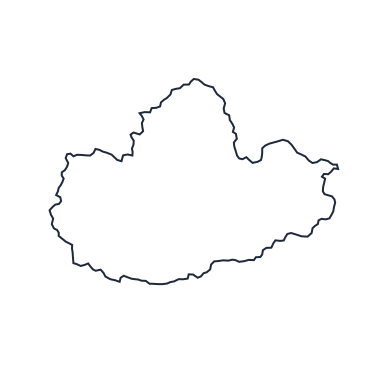 the district of Santana do Manhuaçu, Minas Gerais, Brazil, rotated 59°
{"feature_id": "56859067B31975858135216", "entity_name": "Santana do Manhuaçu", "entity_type": "district", "adm_level": 2, "iso_a3": "BRA", "parent_name": "Brazil", "parent_adm1": "Minas Gerais", "projection": "orthographic", "projection_center": [-41.894, -20.049], "detail": "fine", "context": "isolated", "style": "outline", "palette": "slate", "viewbox_px": 384, "rotation_deg": 59, "n_neighbors": 0, "source": "geoboundaries", "source_scale": "gbopen_adm2", "svg_char_len": 2830}
<svg xmlns="http://www.w3.org/2000/svg" viewBox="0 0 384 384"><g transform="rotate(59 192 192)"><path d="M247.5,54.9L243.1,53.7L241.2,57.0L238.3,58.5L235.5,59.5L233.1,61.8L230.4,64.6L230.8,69.4L229.2,73.8L225.1,75.7L220.0,76.5L215.7,79.3L212.4,81.6L207.9,81.9L202.8,82.3L197.8,83.7L194.1,87.1L192.6,93.0L191.4,97.2L190.4,100.8L189.9,105.1L190.7,109.3L195.0,111.9L197.8,114.1L200.1,116.3L199.9,120.1L198.3,125.0L194.0,126.5L190.1,127.5L189.9,131.8L187.5,134.3L183.9,134.6L180.1,133.6L174.7,132.3L171.1,130.6L169.5,126.2L164.7,124.4L161.5,126.0L158.4,122.7L154.4,122.3L149.8,122.5L145.4,120.6L141.0,123.4L136.7,121.8L133.0,117.9L128.3,117.3L124.2,118.9L121.1,120.1L117.2,120.2L113.1,120.0L109.8,123.2L106.4,126.0L103.0,127.1L99.1,128.6L96.0,132.3L96.8,136.2L98.3,139.2L95.7,143.9L96.8,148.9L95.2,152.9L94.2,156.7L97.3,160.3L98.5,165.2L98.5,168.4L99.2,172.4L102.2,175.3L101.4,179.4L99.3,183.4L102.1,186.9L99.1,191.5L97.5,196.3L100.6,195.9L104.8,196.1L107.2,199.5L110.7,201.1L114.7,202.6L115.7,207.2L110.9,211.5L111.2,215.1L114.2,215.7L118.0,215.5L121.3,217.8L123.9,221.2L127.0,222.2L130.0,224.3L126.7,227.8L125.1,232.2L129.3,236.6L126.0,239.6L122.1,240.7L118.7,241.6L114.7,244.6L111.5,247.6L108.0,249.8L105.4,252.6L107.8,256.2L108.3,260.5L105.9,264.1L102.8,268.4L100.8,271.6L100.4,275.2L96.5,276.4L95.3,279.7L97.9,282.8L103.4,283.2L106.0,286.1L107.8,289.7L108.1,293.5L110.8,295.2L114.4,295.1L116.5,297.7L118.4,300.7L119.8,304.1L122.4,306.6L124.6,310.0L128.7,307.6L132.4,308.9L133.7,312.2L132.4,315.6L132.9,318.7L134.3,323.5L138.8,324.6L143.3,324.7L147.3,328.7L152.0,329.1L155.2,327.2L158.4,327.2L160.9,328.9L165.0,327.4L169.5,325.8L173.1,323.5L175.7,322.0L178.5,323.9L182.4,325.5L187.3,328.0L191.9,330.3L194.5,327.9L198.1,325.5L199.2,321.5L199.8,317.8L204.0,317.4L207.3,316.8L209.9,315.1L211.5,310.3L216.0,309.5L219.8,309.8L224.7,306.9L228.2,303.2L231.7,300.3L228.8,297.4L228.6,293.7L232.2,290.9L235.3,288.4L237.3,285.9L239.4,283.1L241.9,281.1L244.4,277.4L248.7,275.7L250.8,272.4L253.1,269.1L255.6,265.1L257.6,260.6L258.1,256.8L259.4,253.5L259.8,248.4L262.2,244.6L264.0,240.3L260.9,237.2L263.3,233.6L268.4,231.3L268.9,227.8L267.6,224.0L268.4,220.7L267.7,216.3L264.0,212.9L262.9,208.7L264.7,205.1L266.6,200.5L269.6,196.1L270.8,192.3L272.7,189.9L276.1,187.6L278.2,182.8L279.4,178.4L282.3,174.0L280.8,170.9L282.9,166.9L281.7,164.0L278.4,161.2L278.2,157.0L280.6,152.7L277.7,148.4L276.4,145.4L279.4,141.5L280.8,138.3L278.9,135.5L277.1,131.9L278.2,128.2L281.0,125.6L286.4,120.9L289.8,115.9L288.8,110.6L285.1,107.3L284.4,104.0L284.3,100.6L281.5,98.1L281.7,94.8L284.3,91.5L285.4,87.8L283.3,84.0L281.4,80.9L277.9,77.9L274.8,74.7L271.6,73.7L267.7,74.3L264.7,77.2L262.1,79.5L258.8,79.5L255.5,77.2L252.3,74.1L249.1,71.0L245.8,72.7L244.5,69.6L246.9,66.1L246.3,62.5L244.8,58.3L247.5,54.9Z" fill="none" stroke="#1e293b" stroke-width="2"/></g></svg>